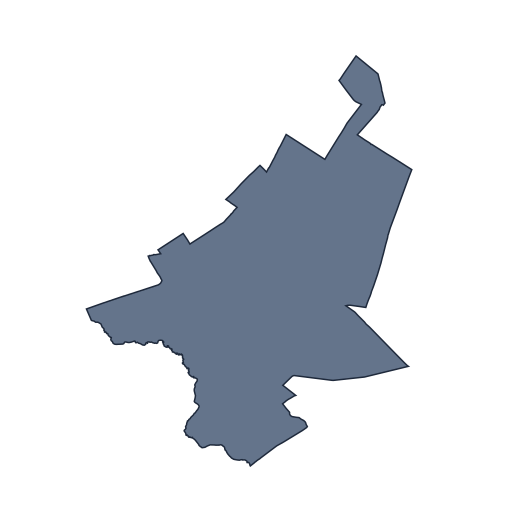 the district of Poeni, Teleorman, Romania, rotated 6°
{"feature_id": "2599482B3126151009527", "entity_name": "Poeni", "entity_type": "district", "adm_level": 2, "iso_a3": "ROU", "parent_name": "Romania", "parent_adm1": "Teleorman", "projection": "albers", "projection_center": [25.327, 44.433], "detail": "fine", "context": "isolated", "style": "filled", "palette": "slate", "viewbox_px": 512, "rotation_deg": 6, "n_neighbors": 0, "source": "geoboundaries", "source_scale": "gbopen_adm2", "svg_char_len": 6078}
<svg xmlns="http://www.w3.org/2000/svg" viewBox="0 0 512 512"><g transform="rotate(6 256 256)"><path d="M419.1,349.8L417.7,349.0L414.4,346.4L405.9,339.4L376.4,314.9L372.6,312.2L370.8,310.3L363.6,304.5L360.7,301.9L359.9,301.3L350.6,296.1L352.2,295.5L354.5,295.1L364.4,295.4L370.6,295.7L371.3,292.3L372.2,288.7L373.0,285.9L373.6,284.1L374.3,281.1L374.6,279.1L376.1,273.5L377.2,268.6L378.7,262.1L381.0,250.0L381.7,244.8L382.5,240.1L383.9,230.0L384.0,229.8L384.7,225.5L384.9,224.5L385.1,221.2L385.4,220.5L385.4,220.2L386.6,213.9L391.4,195.3L393.3,187.4L399.9,161.2L401.9,153.8L381.4,143.6L375.4,140.8L359.3,132.8L358.6,133.0L358.3,132.5L357.6,131.9L351.9,129.1L344.1,124.9L361.5,100.5L361.6,100.2L362.0,99.4L363.2,97.5L363.8,94.9L364.7,93.5L365.2,92.4L366.3,92.4L366.9,92.7L368.3,90.4L365.4,82.7L364.5,79.8L364.0,79.2L363.1,75.3L362.7,74.3L362.5,73.4L361.2,69.8L360.7,68.9L358.3,62.2L334.6,46.6L332.5,50.4L329.6,55.7L324.4,65.2L321.3,71.2L320.2,72.7L327.9,81.2L336.5,90.3L337.6,91.2L339.1,92.1L345.0,94.2L332.8,114.1L331.6,116.7L330.7,118.9L327.9,124.8L325.9,128.6L316.2,148.7L314.4,152.7L273.3,132.0L268.5,144.7L268.0,145.5L266.9,148.3L266.1,150.9L264.9,153.7L264.3,155.8L262.8,159.3L259.9,166.8L259.4,167.1L257.7,171.4L254.3,168.5L250.5,165.5L248.8,167.4L244.9,172.3L241.1,176.4L233.7,185.7L227.3,194.5L220.1,202.9L224.0,204.9L225.6,206.0L229.8,208.2L232.1,209.6L229.0,213.7L228.6,214.7L227.8,215.9L226.6,217.1L226.7,217.3L222.7,222.5L220.6,225.6L219.1,226.9L217.5,228.0L213.5,231.2L202.6,240.1L189.0,251.0L186.2,247.2L181.2,241.2L157.9,260.1L161.0,263.7L156.0,265.2L154.0,265.3L153.7,265.7L152.5,266.2L151.8,266.3L151.0,266.7L150.3,266.6L150.1,266.9L148.8,267.4L149.9,269.6L151.6,272.5L151.9,272.7L158.1,280.8L159.6,283.1L162.3,286.1L163.1,287.2L163.9,288.6L164.6,289.5L165.0,290.4L164.2,292.5L163.7,293.3L162.2,294.7L161.7,295.0L128.2,310.0L128.2,309.9L108.4,319.0L92.9,326.4L99.0,337.2L99.6,337.4L101.9,337.7L103.3,338.6L105.8,338.4L108.9,339.8L110.5,342.8L112.1,344.0L112.6,344.7L112.6,345.1L112.4,345.6L113.2,346.4L113.3,347.4L113.8,347.6L114.3,347.2L114.6,347.3L115.3,348.1L115.5,348.7L115.8,348.8L116.4,348.6L116.7,348.7L117.2,350.1L118.2,351.1L119.1,351.5L119.6,352.1L120.6,352.2L120.5,353.3L120.3,353.9L120.6,354.9L121.1,355.5L122.1,356.1L122.9,357.6L123.7,358.1L124.9,358.5L126.2,358.5L132.7,357.5L133.6,357.0L134.3,355.5L134.6,355.3L135.6,355.1L137.9,355.4L139.0,355.3L140.7,354.8L144.0,353.3L144.8,353.5L144.9,354.2L145.7,354.9L147.0,354.2L148.5,355.0L150.1,355.2L152.4,356.3L154.2,356.4L155.5,355.4L155.5,355.2L155.4,354.9L155.4,354.6L155.9,353.7L156.3,353.5L156.6,353.5L156.8,354.0L157.2,354.1L157.3,353.8L157.2,353.2L157.3,352.9L157.5,352.7L159.0,352.6L159.5,352.9L161.1,352.5L162.5,353.1L163.3,353.1L164.0,353.4L165.0,353.1L166.1,353.3L166.8,353.0L167.3,352.6L167.5,351.2L167.6,350.9L168.1,350.2L169.4,349.8L170.3,349.7L171.6,349.8L172.1,350.0L172.2,351.2L172.9,350.9L173.1,351.0L173.2,351.3L173.1,351.8L172.8,352.7L173.0,353.2L173.7,354.0L174.0,355.0L175.8,355.9L177.1,356.1L177.4,355.8L177.3,354.5L178.1,354.5L178.4,354.7L178.4,355.3L178.5,355.7L179.4,356.1L179.7,356.5L180.1,356.7L180.4,357.2L181.0,357.3L181.5,357.7L181.9,357.2L182.1,357.4L182.2,358.1L182.0,358.8L182.8,359.4L182.9,359.5L183.0,360.2L183.4,360.2L184.0,360.1L184.5,360.5L185.2,360.5L186.0,361.4L187.3,362.0L187.7,361.8L187.5,360.9L188.0,360.9L188.5,361.1L189.1,362.3L189.5,362.5L190.1,362.3L190.2,361.6L190.3,361.4L191.8,362.2L192.1,362.0L192.2,361.5L192.9,361.9L193.3,362.4L193.2,362.9L193.5,363.6L193.6,364.9L194.1,365.3L194.1,365.8L194.7,365.9L194.9,366.2L194.8,366.6L194.3,367.3L194.2,367.8L194.3,368.0L194.7,368.7L194.9,369.6L194.1,369.9L194.0,370.1L194.1,370.4L194.6,371.0L195.9,371.4L196.8,372.5L197.3,373.3L198.8,374.1L199.0,374.3L199.0,374.9L199.1,375.2L199.5,375.3L200.6,374.6L200.9,374.8L201.1,375.9L200.8,376.7L201.4,377.7L201.6,378.4L201.5,378.7L200.8,378.7L200.7,378.8L200.7,379.1L201.8,380.5L202.2,381.2L203.2,381.7L204.3,382.6L205.2,382.9L205.6,382.9L206.4,382.4L206.6,382.4L206.7,382.5L206.6,383.4L206.9,383.7L207.8,383.6L208.8,383.7L210.5,384.6L210.6,385.2L210.4,386.7L209.4,388.4L208.6,390.4L208.7,391.0L209.1,392.0L209.1,392.5L208.5,394.8L208.7,396.6L210.4,401.2L210.3,403.5L210.0,405.7L209.8,406.9L209.9,407.2L210.5,407.9L211.9,408.7L212.9,409.1L214.0,409.8L214.8,410.7L215.1,411.2L215.1,412.0L214.4,414.1L213.9,415.1L213.3,415.8L212.0,418.2L211.7,418.6L211.1,418.9L210.2,420.8L208.2,423.1L207.8,423.8L207.6,424.5L206.4,425.5L206.2,425.9L206.0,426.7L205.7,427.0L205.2,427.1L205.0,427.4L205.0,428.2L204.6,429.5L204.6,431.1L203.8,433.0L204.3,434.4L204.3,434.9L204.0,435.5L202.9,436.8L202.8,437.3L203.1,437.9L204.4,439.2L204.8,440.3L204.8,440.5L205.2,441.1L205.3,441.6L205.5,441.6L205.7,441.1L206.0,441.1L206.5,441.9L207.4,442.1L207.9,443.1L208.2,443.2L208.9,443.2L208.7,442.9L208.9,442.8L210.6,443.5L210.8,443.3L211.2,443.3L211.7,443.1L211.8,443.5L212.4,443.9L213.6,444.5L214.8,445.4L218.7,449.4L219.2,450.4L220.3,451.1L220.6,451.4L221.1,451.5L222.1,452.2L222.5,452.3L225.2,451.6L227.5,450.0L230.2,448.6L234.2,448.3L236.0,448.3L239.2,447.9L240.5,447.4L241.1,447.4L241.4,447.6L242.1,447.7L243.0,448.5L243.7,448.7L244.1,449.0L245.0,450.3L245.1,451.2L245.6,451.8L245.6,452.2L246.2,452.5L246.9,453.3L247.6,454.5L248.6,455.8L250.8,457.9L251.7,458.4L252.1,458.9L252.8,459.5L253.9,459.9L254.7,460.4L255.9,460.6L258.9,460.8L260.9,460.8L261.8,460.4L263.3,460.0L263.7,460.0L264.0,460.3L265.5,460.0L266.3,460.0L267.6,460.5L268.6,461.2L268.7,461.5L268.6,462.1L268.8,462.4L269.8,462.1L270.4,462.1L271.3,463.2L271.9,464.8L272.3,465.4L276.0,461.8L276.4,461.2L277.2,460.6L278.2,459.5L279.8,458.1L280.8,457.4L281.7,456.4L296.5,442.6L303.0,438.0L320.4,424.7L324.3,421.3L324.9,420.2L323.6,418.5L322.8,416.6L322.1,415.7L320.6,414.6L317.8,413.5L315.7,412.2L312.7,412.2L308.5,411.9L307.0,411.1L305.9,409.7L305.8,408.3L305.6,407.8L302.0,404.5L297.9,400.2L300.7,397.5L300.7,397.3L303.0,395.3L305.3,393.7L308.7,391.1L310.1,390.5L296.2,381.8L304.1,372.3L304.7,371.7L305.8,371.1L306.5,370.9L344.7,371.7L346.0,371.6L376.6,365.0L419.1,349.8Z" fill="#64748b" stroke="#1e293b" stroke-width="1.5"/></g></svg>